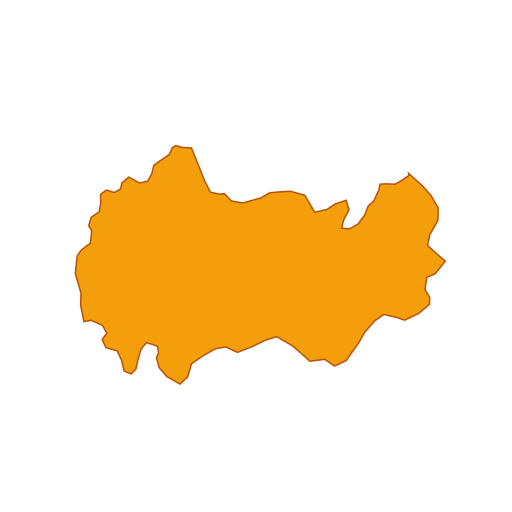 Gimcheon-si, North Gyeongsang, South Korea, rotated 240°
{"feature_id": "91817680B51485783996699", "entity_name": "Gimcheon-si", "entity_type": "district", "adm_level": 2, "iso_a3": "KOR", "parent_name": "South Korea", "parent_adm1": "North Gyeongsang", "projection": "equal_earth", "projection_center": [128.084, 36.038], "detail": "fine", "context": "isolated", "style": "filled", "palette": "amber", "viewbox_px": 512, "rotation_deg": 240, "n_neighbors": 0, "source": "geoboundaries", "source_scale": "gbopen_adm2", "svg_char_len": 1595}
<svg xmlns="http://www.w3.org/2000/svg" viewBox="0 0 512 512"><g transform="rotate(240 256 256)"><path d="M222.2,84.3L216.3,88.9L218.2,95.6L223.0,99.8L232.2,109.1L234.2,113.2L235.6,117.9L231.3,122.0L226.9,125.6L220.6,123.0L217.7,118.9L207.5,116.3L196.1,118.5L183.1,126.1L185.4,136.2L194.9,146.3L196.0,158.9L196.0,174.1L192.5,184.2L181.8,191.8L179.5,207.0L178.3,222.2L175.9,233.5L160.5,242.4L149.9,246.2L138.0,250.0L132.1,263.9L121.5,269.0L121.2,271.7L120.3,281.7L125.0,291.8L129.7,301.9L135.6,312.1L140.4,326.0L141.5,337.4L133.2,346.3L126.1,352.7L125.0,367.1L124.9,367.9L127.3,381.9L133.2,385.7L142.7,385.7L152.1,393.3L151.0,402.2L156.9,417.4L167.5,413.6L179.4,409.8L187.7,417.4L195.9,431.4L206.6,437.8L220.8,437.8L233.8,435.2L251.2,429.4L249.4,428.7L248.6,420.5L248.6,412.4L253.2,405.1L256.2,399.4L251.7,395.3L244.8,385.6L243.3,378.3L237.3,370.9L232.7,360.4L232.7,350.6L237.3,344.1L243.3,349.8L249.4,359.6L259.2,362.0L261.5,350.6L260.8,340.9L264.5,328.7L274.4,328.7L284.2,328.7L294.8,318.2L299.4,309.2L303.9,299.5L303.9,289.0L308.5,271.1L316.0,262.2L325.9,259.8L328.1,254.9L334.2,248.4L347.8,249.2L359.2,250.9L381.9,254.1L387.2,246.0L391.7,241.9L391.7,237.9L387.2,231.4L386.4,220.1L385.6,212.8L379.6,207.1L375.0,199.8L377.3,191.8L387.9,185.3L386.4,176.4L381.8,172.3L381.8,165.1L387.9,159.4L387.1,152.1L379.5,148.1L372.7,142.4L372.0,132.7L365.9,126.3L359.9,126.3L350.0,119.0L348.5,107.7L345.5,101.2L331.1,90.7L311.4,85.9L300.8,79.4L285.2,74.2L282.7,81.1L272.8,88.3L263.8,88.3L260.7,81.1L251.7,80.2L243.3,88.3L233.5,87.5L222.2,84.3Z" fill="#f59e0b" stroke="#b45309" stroke-width="1.5"/></g></svg>